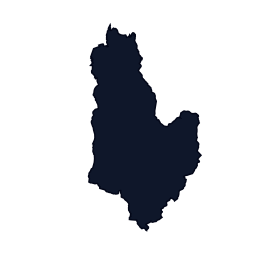 the district of Rau De Mori, Hunedoara, Romania, rotated 323°
{"feature_id": "2599482B8520908508644", "entity_name": "Rau De Mori", "entity_type": "district", "adm_level": 2, "iso_a3": "ROU", "parent_name": "Romania", "parent_adm1": "Hunedoara", "projection": "equal_earth", "projection_center": [22.785, 45.403], "detail": "fine", "context": "isolated", "style": "filled", "palette": "ink", "viewbox_px": 256, "rotation_deg": 323, "n_neighbors": 0, "source": "geoboundaries", "source_scale": "gbopen_adm2", "svg_char_len": 5786}
<svg xmlns="http://www.w3.org/2000/svg" viewBox="0 0 256 256"><g transform="rotate(323 128 128)"><path d="M121.3,214.2L125.0,214.2L125.3,213.6L126.2,213.0L127.2,212.7L128.7,211.4L130.4,209.4L131.7,208.9L134.8,209.6L136.0,209.4L136.6,208.6L138.3,208.4L138.9,208.1L140.3,206.3L141.7,205.7L143.4,204.1L143.3,203.8L142.7,203.3L142.7,202.8L143.4,202.0L143.1,200.7L143.4,200.3L145.7,200.6L146.6,201.2L148.7,201.9L149.1,201.8L149.3,202.1L152.1,203.1L155.2,201.9L156.8,200.8L158.2,200.8L160.8,199.5L161.7,197.9L163.1,197.5L164.3,198.0L164.7,197.8L165.0,196.8L164.7,194.8L166.9,194.2L169.9,193.7L169.3,188.3L169.8,187.7L172.8,185.7L173.3,184.7L174.8,183.4L175.1,182.5L174.8,179.4L176.5,177.7L177.5,177.3L177.9,176.1L178.9,174.4L179.8,173.2L180.6,172.6L182.1,170.7L183.0,169.1L183.9,168.2L186.7,167.0L187.9,166.8L187.9,166.5L188.9,164.5L189.1,163.3L189.9,162.4L190.1,161.4L190.5,161.2L190.6,160.7L191.1,160.9L191.2,160.6L191.4,160.7L191.7,160.2L191.5,159.9L191.4,158.9L191.1,158.8L191.2,157.8L190.7,157.0L188.7,155.8L187.6,154.9L187.2,154.2L186.6,151.5L185.9,150.7L184.2,149.7L183.2,148.4L182.4,148.0L179.1,147.9L178.7,148.5L175.9,150.6L175.9,151.2L175.3,150.3L173.2,149.5L169.2,150.4L168.9,150.1L168.3,150.3L167.0,150.2L166.8,150.5L165.8,150.6L164.4,150.3L163.5,149.6L162.9,149.5L162.4,149.8L161.7,150.6L160.9,150.7L159.4,149.9L157.8,148.0L157.3,145.6L156.7,143.9L157.1,141.8L157.3,139.9L156.4,139.4L156.1,138.4L156.3,137.8L156.7,137.6L156.9,136.9L156.8,135.7L156.5,135.1L156.5,134.3L156.7,133.8L158.0,132.8L159.6,130.4L166.7,123.6L167.3,121.1L167.9,120.0L169.0,118.7L169.7,116.6L169.5,115.6L168.7,114.3L168.5,113.3L169.5,112.0L169.9,110.5L170.4,109.7L170.2,108.8L170.2,107.6L169.4,105.6L170.2,104.9L170.3,104.4L170.1,103.2L169.8,102.7L170.1,101.7L169.8,101.2L169.7,100.1L169.9,99.6L169.6,98.7L169.7,98.0L169.4,96.7L170.3,95.0L170.8,94.5L171.0,93.3L170.8,92.3L170.9,91.5L170.6,89.8L171.0,88.1L173.3,87.3L174.4,87.1L175.8,86.4L176.0,85.0L175.7,83.9L176.0,83.2L176.5,83.2L178.1,82.4L179.0,81.2L179.5,81.6L179.8,81.0L180.1,81.7L180.5,81.5L180.4,80.8L180.9,81.2L181.4,80.7L181.2,79.6L180.9,79.1L181.2,77.8L180.9,77.2L181.0,76.4L180.9,76.0L182.0,73.8L182.4,73.5L182.1,72.7L182.6,72.2L182.7,71.7L182.5,70.0L182.9,69.7L182.9,69.3L183.4,69.1L184.7,67.6L184.7,67.2L185.2,66.0L185.1,65.1L185.7,62.4L185.9,62.1L187.7,60.6L188.2,59.8L188.9,59.3L189.9,57.8L188.9,57.4L189.9,56.5L189.8,55.6L189.2,54.9L187.8,55.1L186.8,55.7L186.5,56.4L186.0,56.5L186.0,56.3L185.4,56.1L185.4,54.6L185.0,54.9L185.1,56.2L184.9,56.8L184.2,56.7L184.0,56.4L184.2,55.6L183.5,55.2L182.6,55.4L181.4,54.8L182.1,52.6L182.0,52.3L181.7,52.1L179.9,51.1L177.9,48.9L177.9,48.5L177.3,47.8L177.4,47.1L177.1,46.5L178.3,43.3L178.0,42.8L178.2,41.9L177.7,40.9L177.0,40.6L176.4,39.5L173.4,40.0L173.1,39.4L172.7,39.5L172.5,38.8L174.1,37.8L174.4,36.4L175.5,35.6L175.8,34.9L172.7,36.4L172.0,37.0L171.3,38.0L169.9,38.3L169.2,39.2L166.7,40.9L166.5,41.7L165.4,42.8L165.3,43.4L164.4,44.0L164.2,44.6L164.5,45.1L164.5,45.5L163.3,46.0L162.4,47.1L162.6,48.0L162.2,48.2L162.0,49.3L161.2,49.8L161.1,50.9L160.8,50.8L160.6,50.4L160.1,50.3L159.9,49.7L160.0,49.2L158.9,48.9L158.0,47.9L157.9,47.3L158.5,46.8L158.6,45.9L156.7,45.0L154.5,44.3L154.3,45.8L148.3,44.0L141.1,48.8L141.3,49.4L140.7,49.7L141.2,50.1L140.7,50.3L140.9,50.5L141.1,50.6L141.0,51.5L140.5,51.5L140.7,51.8L140.9,51.9L140.8,52.0L141.0,52.1L140.7,52.3L140.4,52.1L140.1,52.7L139.5,52.4L139.5,53.0L139.0,53.5L139.2,53.9L139.0,54.2L139.3,54.3L139.3,55.0L139.1,55.1L137.9,55.0L135.8,55.5L137.1,56.7L137.1,57.1L134.9,59.7L134.2,60.2L133.3,60.5L132.3,62.1L132.9,62.3L132.5,64.1L132.8,64.8L132.7,65.8L132.8,65.8L132.7,66.5L132.4,67.1L132.6,67.3L132.2,67.5L132.2,67.8L131.8,67.9L132.2,68.5L131.9,69.0L132.6,69.1L133.3,69.5L131.5,72.3L130.7,75.4L130.0,76.1L128.0,75.8L125.5,76.5L123.9,77.5L121.4,80.0L120.8,80.1L120.3,80.6L120.1,81.1L120.3,81.7L120.1,82.8L119.9,83.3L120.2,84.0L119.7,85.1L118.9,86.2L119.0,87.8L118.6,88.6L118.1,91.2L116.2,94.4L116.0,94.7L113.1,93.5L110.0,94.0L109.0,94.9L108.3,97.2L107.7,97.5L105.9,98.0L105.1,98.8L104.9,99.6L104.5,100.0L102.9,100.6L102.0,101.8L100.7,105.7L100.6,106.7L99.4,108.8L97.7,113.1L95.8,115.8L95.1,116.5L94.0,117.4L90.3,119.5L90.9,120.4L89.8,121.0L89.1,122.0L88.1,122.6L87.9,123.9L87.1,124.3L86.0,125.5L85.6,126.5L85.6,127.1L84.9,128.2L85.1,129.1L82.8,132.5L80.4,135.2L76.0,138.6L75.5,138.8L74.1,138.7L71.9,140.0L70.1,140.5L69.4,141.0L69.2,141.5L67.9,142.4L67.3,143.0L67.1,143.7L67.0,144.6L66.8,145.1L64.3,147.6L65.0,149.1L66.0,149.9L68.1,152.6L70.1,153.7L70.2,154.3L69.8,156.2L70.2,157.9L69.3,158.9L69.2,159.3L72.2,163.2L72.5,164.4L72.4,165.3L72.8,166.3L73.5,166.9L74.2,168.2L74.9,168.6L75.4,169.3L75.5,169.8L76.9,171.9L77.7,172.4L78.3,172.6L78.3,173.1L78.6,173.4L80.5,174.4L81.5,174.1L82.1,173.1L83.4,172.9L84.1,173.2L84.5,173.6L84.1,173.9L83.8,174.6L83.1,175.4L82.9,176.6L82.5,177.4L81.2,179.0L81.5,179.9L82.5,181.4L82.5,183.7L83.1,185.7L83.2,186.9L83.2,189.3L81.9,190.2L81.2,191.5L80.6,191.9L79.1,194.1L79.0,195.6L78.7,196.7L78.7,198.3L77.4,199.1L77.2,200.1L75.4,200.3L74.1,201.9L75.2,203.0L79.5,206.8L79.5,207.1L79.0,207.9L79.1,208.7L78.0,210.1L78.2,213.3L78.0,214.2L78.3,215.4L78.3,217.0L78.4,216.8L79.8,217.0L80.8,218.0L81.0,219.3L80.8,220.2L81.2,221.1L81.7,220.6L83.8,220.3L83.9,219.9L84.7,219.5L84.2,215.8L84.8,215.6L85.6,215.7L86.0,216.1L87.3,216.1L88.7,216.5L90.2,216.1L90.9,215.5L90.4,216.1L90.2,216.7L90.3,217.2L91.1,218.1L92.6,218.6L94.2,219.5L96.1,219.2L97.7,219.8L101.4,219.8L101.3,218.5L102.0,216.9L103.8,215.6L104.4,215.8L104.9,215.5L105.0,215.3L104.8,214.8L104.8,214.1L105.6,212.8L105.9,212.6L107.9,213.0L108.5,212.5L109.7,212.5L112.1,213.1L112.8,212.6L113.4,211.2L114.7,210.0L117.3,210.6L117.9,210.5L118.0,210.1L119.5,209.9L120.0,209.6L120.5,210.2L121.3,212.0L121.5,213.6L121.3,214.2Z" fill="#0f172a" stroke="#020617" stroke-width="1.5"/></g></svg>